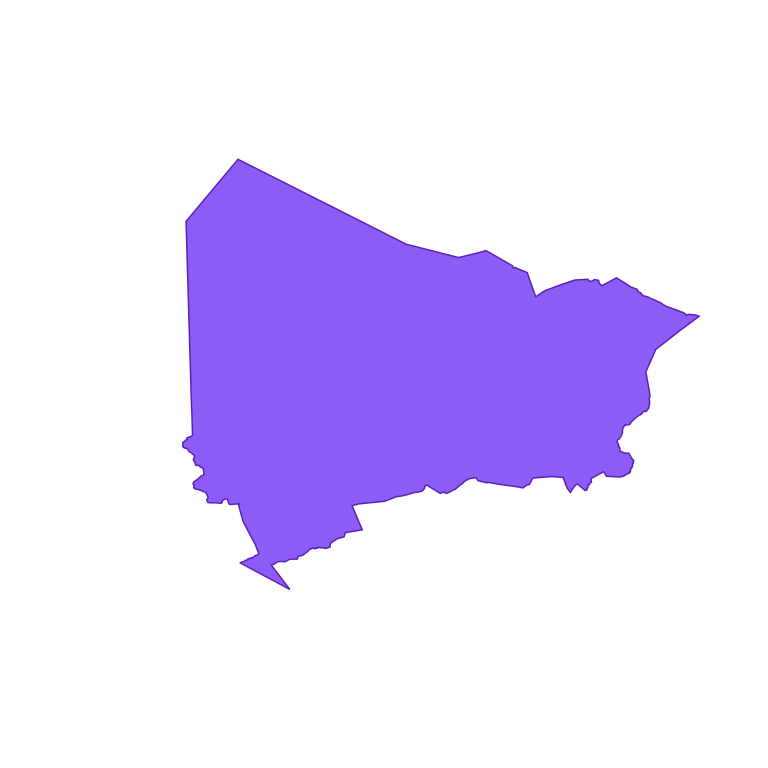 the district of Grong nor, Nord-Trøndelag, Norway, rotated 213°
{"feature_id": "86288312B93862258107530", "entity_name": "Grong nor", "entity_type": "district", "adm_level": 2, "iso_a3": "NOR", "parent_name": "Norway", "parent_adm1": "Nord-Trøndelag", "projection": "orthographic", "projection_center": [12.349, 64.529], "detail": "fine", "context": "isolated", "style": "filled", "palette": "violet", "viewbox_px": 768, "rotation_deg": 213, "n_neighbors": 0, "source": "geoboundaries", "source_scale": "gbopen_adm2", "svg_char_len": 6123}
<svg xmlns="http://www.w3.org/2000/svg" viewBox="0 0 768 768"><g transform="rotate(213 384 384)"><path d="M638.6,412.6L534.0,261.5L529.8,255.7L516.6,236.6L516.5,236.4L519.9,231.4L519.5,231.3L519.1,230.8L518.9,230.3L518.9,229.8L519.8,229.0L519.9,227.5L520.6,226.3L520.5,225.8L520.7,225.1L520.6,224.7L520.3,224.4L519.5,224.1L519.4,222.8L519.1,222.3L518.1,221.7L517.5,221.6L516.7,221.8L516.0,221.7L515.1,222.5L514.5,222.3L513.4,222.5L512.2,222.0L511.6,221.5L510.5,221.2L509.3,221.2L508.2,221.4L507.3,221.3L506.6,220.8L504.4,221.0L503.6,220.5L503.4,219.6L502.8,219.3L502.7,219.1L503.0,218.5L502.9,217.3L502.5,216.5L501.7,216.0L500.1,215.5L499.1,214.4L497.9,213.5L497.1,213.3L496.1,214.2L494.6,214.9L493.3,214.4L490.8,214.7L489.5,214.3L488.4,213.5L487.7,212.6L487.1,212.0L486.8,211.3L486.3,211.0L486.2,210.5L485.6,209.7L485.8,209.3L486.4,208.8L486.9,207.6L487.6,206.8L487.6,206.3L487.6,205.7L487.6,205.2L488.7,201.9L489.3,200.8L489.6,199.5L490.1,198.7L490.2,197.9L489.9,197.3L489.9,196.4L488.1,195.3L487.4,194.8L487.2,194.2L487.1,193.3L486.9,193.2L486.3,193.4L485.7,193.2L485.0,193.4L483.9,193.5L483.1,194.2L482.2,194.5L481.7,194.3L480.3,195.1L479.4,194.9L477.9,195.4L476.9,195.2L474.8,196.2L474.3,196.1L473.2,195.1L472.4,194.9L471.1,193.9L470.1,193.6L469.9,192.9L469.7,192.8L469.5,192.1L469.6,190.9L469.4,190.0L468.4,189.5L467.9,189.1L466.9,188.8L464.0,190.3L461.1,192.3L455.6,195.3L455.4,195.8L455.2,196.3L455.8,197.5L455.8,198.7L455.1,200.2L454.3,201.1L453.5,201.9L452.9,202.1L452.0,201.9L451.1,200.8L448.9,199.2L448.2,199.0L447.7,199.1L446.0,200.1L444.0,201.9L442.9,202.6L440.8,204.3L440.0,204.5L439.8,204.4L440.1,203.7L440.0,203.2L427.3,192.0L408.3,181.3L405.1,179.7L396.6,173.5L396.6,173.3L396.7,172.7L397.2,171.6L398.5,170.0L399.3,167.5L399.3,167.1L399.4,166.8L399.7,166.5L400.4,166.2L401.7,164.4L402.8,163.4L403.0,162.9L402.8,162.2L402.8,161.9L404.3,160.6L404.5,159.9L404.5,159.4L404.6,158.9L406.6,157.0L407.0,155.9L407.0,155.6L351.1,160.4L380.0,170.8L379.6,171.4L378.1,173.0L377.6,174.0L377.2,175.1L376.4,176.8L375.9,177.5L372.9,179.6L370.6,180.7L369.8,181.6L368.2,184.7L366.7,186.4L361.5,189.8L361.4,190.3L362.0,191.7L362.0,192.2L361.2,193.8L359.8,195.0L358.5,197.0L358.1,198.5L357.7,199.3L357.7,199.7L357.6,200.2L356.9,201.4L356.1,205.6L356.2,205.9L356.0,206.3L355.6,206.4L355.2,206.2L354.9,207.1L354.6,207.5L354.2,207.5L353.9,208.0L354.0,207.7L353.7,207.8L353.4,208.1L353.0,208.0L352.8,208.3L352.3,208.2L352.2,208.5L352.4,208.6L351.8,208.9L351.6,209.1L351.7,209.4L351.2,209.5L351.0,209.8L350.5,210.1L350.9,210.3L350.4,210.7L349.9,211.6L348.9,211.8L347.8,212.5L347.0,212.5L346.7,212.9L345.4,214.1L344.6,213.8L343.3,214.4L340.5,217.8L342.0,220.9L341.5,223.0L338.7,229.1L334.2,234.1L335.6,238.2L322.8,249.9L344.5,264.5L343.3,266.0L339.5,270.0L319.6,286.0L312.1,296.4L308.2,299.7L304.5,303.6L299.6,309.3L296.6,311.9L293.8,314.8L293.1,317.6L293.6,319.9L294.4,321.3L292.7,322.5L277.3,322.9L275.3,325.7L272.1,326.2L269.6,329.9L268.6,332.3L267.0,334.2L265.0,341.1L264.1,342.9L263.7,344.3L263.7,345.5L262.5,348.3L261.4,349.8L261.0,351.0L255.6,355.6L252.7,354.1L244.0,357.1L243.9,357.9L234.5,361.8L214.6,371.1L210.9,372.5L209.3,376.8L207.3,379.0L208.0,386.1L193.1,397.6L182.7,403.3L182.2,402.7L181.2,401.9L180.1,401.4L179.7,400.8L178.9,400.6L177.5,398.9L176.2,398.3L173.2,396.2L168.6,394.6L168.7,397.7L168.6,399.2L168.4,402.0L168.5,402.3L168.1,404.1L167.3,405.5L157.4,404.2L156.2,405.7L157.0,406.5L156.5,408.1L157.4,409.5L158.0,410.8L156.9,411.2L157.4,413.5L156.5,414.6L158.9,417.3L152.1,430.0L147.2,427.8L136.4,433.9L134.0,435.8L133.8,436.2L132.5,437.8L132.4,438.7L131.9,439.1L131.8,439.9L131.4,440.7L130.9,441.0L130.4,442.4L130.1,442.6L129.7,443.0L129.4,443.8L130.0,444.4L129.8,445.0L130.0,445.1L130.0,445.4L130.3,445.7L130.5,445.8L130.5,446.8L130.8,446.9L130.9,447.3L130.7,448.3L130.9,448.4L130.9,448.6L130.6,449.6L130.8,450.4L131.4,451.0L131.4,451.3L131.4,451.5L131.7,451.9L131.9,452.6L132.1,452.8L131.9,452.9L131.8,453.3L133.0,456.0L135.3,456.3L140.9,459.3L144.7,457.1L149.4,456.3L151.4,458.8L151.6,459.0L152.3,459.0L153.0,459.3L153.5,459.8L153.5,460.2L153.7,460.4L154.9,461.3L156.0,461.7L156.9,462.3L157.4,463.3L157.6,463.6L157.7,464.0L157.6,465.0L157.1,465.5L156.7,466.3L156.9,467.9L156.8,469.4L156.8,470.6L157.2,471.4L157.4,472.7L157.5,473.2L158.0,473.8L158.6,474.7L159.4,476.6L159.5,477.1L159.7,478.1L159.6,479.7L159.9,480.1L160.0,480.5L159.3,480.6L158.8,481.0L157.9,482.1L157.3,482.6L156.0,483.8L155.9,484.2L156.1,484.6L155.8,486.0L155.8,486.3L156.1,486.8L156.1,487.0L155.7,487.9L154.5,492.6L153.2,496.6L153.1,496.8L153.1,497.0L152.2,497.8L152.3,498.0L152.2,498.2L152.2,498.5L151.6,499.3L151.7,499.8L151.5,500.5L151.7,500.8L151.6,501.6L151.2,502.7L150.9,503.0L150.4,503.0L149.8,503.6L149.5,503.5L149.2,503.9L149.1,504.7L149.1,505.4L149.1,505.8L149.1,506.2L149.0,506.4L148.9,507.1L148.7,507.5L149.1,507.9L149.4,509.3L149.9,510.7L151.1,512.8L151.4,513.7L152.1,514.2L152.3,514.8L153.4,515.9L154.4,518.8L156.4,521.2L171.0,536.8L174.9,561.0L165.1,589.5L156.6,612.4L159.7,611.8L166.5,608.3L168.0,606.5L170.8,607.0L172.3,606.5L172.7,606.8L173.4,606.6L173.8,606.2L174.7,606.2L179.0,605.3L179.5,605.4L181.8,604.6L184.4,604.2L185.6,603.8L188.3,603.1L192.6,602.6L195.6,602.8L204.3,601.6L205.9,601.1L209.1,600.9L211.0,600.5L212.0,600.2L212.7,599.7L213.1,599.7L213.5,599.4L214.7,599.1L214.9,599.1L214.7,599.3L214.8,599.5L215.5,599.1L216.5,599.2L216.9,599.5L217.3,600.0L217.8,600.3L218.8,600.2L220.0,599.8L220.4,599.8L221.0,600.3L221.7,600.0L221.8,600.2L222.1,600.2L222.6,600.8L222.9,600.8L223.3,601.3L229.7,599.8L237.2,599.9L239.1,599.8L246.8,599.7L254.8,585.1L257.7,585.5L259.1,586.5L259.8,586.8L259.9,587.1L260.5,587.8L261.4,587.5L262.5,586.9L263.4,586.8L263.9,586.5L264.3,586.1L264.5,585.6L264.9,585.3L264.9,584.6L265.0,584.3L265.4,584.1L265.5,583.6L265.8,583.3L268.1,582.0L268.7,582.4L269.7,582.4L270.1,582.8L280.6,575.1L291.5,561.3L297.9,552.5L299.6,550.4L300.9,547.7L304.2,539.8L316.8,549.3L324.6,555.5L333.9,553.6L337.5,553.1L338.5,551.7L339.2,552.0L340.3,553.1L368.8,551.6L371.2,551.3L377.6,544.1L390.3,530.7L441.5,513.3L542.6,502.3L628.8,492.9L638.6,412.6Z" fill="#8b5cf6" stroke="#5b21b6" stroke-width="1.5"/></g></svg>